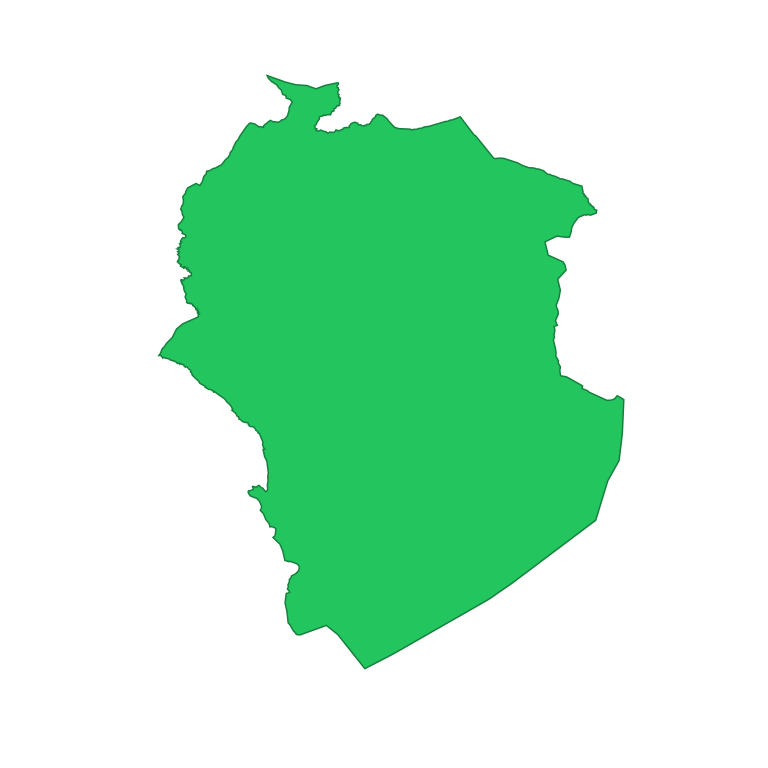 outline of Pru East, Brong Ahafo, Ghana, rotated 107°
{"feature_id": "2480657B24672710685383", "entity_name": "Pru East", "entity_type": "district", "adm_level": 2, "iso_a3": "GHA", "parent_name": "Ghana", "parent_adm1": "Brong Ahafo", "projection": "robinson", "projection_center": [-0.909, 8.134], "detail": "fine", "context": "isolated", "style": "filled", "palette": "green", "viewbox_px": 768, "rotation_deg": 107, "n_neighbors": 0, "source": "geoboundaries", "source_scale": "gbopen_adm2", "svg_char_len": 6171}
<svg xmlns="http://www.w3.org/2000/svg" viewBox="0 0 768 768"><g transform="rotate(107 384 384)"><path d="M661.8,319.1L639.3,296.1L559.4,221.0L537.1,203.3L452.4,141.7L411.2,141.7L388.4,136.8L361.3,141.7L328.8,150.1L327.0,157.5L330.8,159.2L332.9,161.8L334.4,165.7L334.3,167.4L331.9,185.2L330.9,187.6L330.4,193.2L327.7,193.6L323.8,211.7L324.5,217.5L319.8,219.8L316.1,220.3L312.8,223.6L310.8,223.9L307.2,227.8L303.7,228.7L300.1,230.3L293.5,234.3L291.8,234.9L289.6,234.6L287.8,235.7L282.4,236.3L279.3,238.2L277.2,235.4L273.3,238.6L266.2,237.8L263.0,239.0L259.4,242.0L257.0,242.3L251.2,241.8L242.7,242.8L233.0,248.6L222.0,243.1L217.7,245.4L214.9,248.3L212.8,264.7L201.0,271.6L192.0,261.9L190.7,253.9L189.4,249.6L183.2,249.5L179.8,250.2L174.7,249.4L168.0,246.9L163.6,241.9L163.3,239.7L162.3,238.7L162.2,235.9L158.5,231.0L155.6,231.4L155.4,233.8L153.4,235.4L153.6,236.2L152.5,237.7L152.3,238.7L151.6,239.2L151.6,240.3L149.8,242.1L147.3,243.0L146.0,246.0L145.2,246.2L145.4,247.5L144.1,247.8L143.1,250.0L142.1,249.8L136.9,252.7L137.0,262.3L135.8,265.2L135.7,273.1L136.3,275.8L135.8,277.4L135.3,282.4L135.5,284.6L135.1,286.5L135.6,288.9L133.4,293.8L133.2,299.1L133.7,300.5L133.6,303.6L134.8,308.8L134.5,315.8L133.5,320.4L133.2,335.3L134.2,339.6L135.8,343.2L136.0,345.1L119.9,368.9L119.5,370.7L106.2,389.2L111.3,395.7L112.7,398.5L114.1,399.7L114.9,401.9L124.4,416.2L126.4,420.6L128.5,423.0L129.4,425.4L130.7,426.9L132.0,430.5L133.1,431.5L132.6,433.3L135.5,444.7L135.5,448.9L131.5,456.0L129.6,458.4L127.3,463.9L127.9,465.1L127.9,469.2L129.3,470.3L131.1,470.3L134.3,472.5L136.3,472.6L139.9,474.0L140.8,476.4L142.3,477.4L142.5,478.4L143.2,478.5L143.4,481.2L142.9,481.9L143.6,484.3L142.3,485.3L142.2,488.6L144.4,491.5L147.6,492.7L148.4,492.3L149.1,492.5L149.8,495.5L151.1,497.5L152.3,497.7L153.3,499.3L154.9,500.6L155.1,504.3L156.3,504.3L158.2,505.7L158.9,509.5L160.2,510.5L160.5,511.3L159.7,513.2L160.0,516.7L159.5,518.5L161.6,521.1L161.4,523.1L159.8,522.6L159.6,524.6L157.4,525.7L155.1,524.5L153.8,524.8L149.7,523.3L147.3,523.8L144.9,520.1L144.1,520.0L144.2,518.6L142.8,516.3L142.2,513.9L138.7,513.5L137.4,511.7L135.4,512.3L134.2,510.9L131.6,510.2L131.2,508.7L130.3,507.9L129.5,508.4L128.5,508.1L127.5,508.8L123.4,509.2L123.5,510.6L122.7,510.6L122.4,511.7L120.3,511.7L120.1,512.8L118.2,513.7L115.7,513.1L115.0,514.2L114.2,514.2L113.9,515.6L112.7,516.3L111.1,515.4L109.9,515.4L109.3,516.1L115.6,527.5L121.6,535.4L121.1,545.0L123.6,555.7L124.1,567.0L123.2,585.9L125.4,584.0L127.6,580.1L129.2,574.2L131.6,571.2L132.7,568.4L136.7,565.5L136.7,562.4L139.3,561.0L139.3,557.1L141.1,554.2L147.1,555.5L149.8,554.8L155.9,554.7L158.7,555.9L160.6,557.4L161.6,559.3L163.1,560.0L164.6,561.7L165.6,567.1L165.1,569.8L171.5,574.3L173.0,574.6L173.9,574.2L173.9,576.7L174.7,578.7L173.1,583.6L173.4,588.0L174.0,588.8L178.3,590.9L189.7,594.5L192.8,594.9L195.8,596.4L202.3,597.4L203.8,597.1L207.8,598.8L209.3,598.4L212.8,599.3L216.3,601.4L221.6,603.4L227.1,608.7L227.5,610.0L231.1,613.3L232.3,615.8L235.0,615.5L238.2,617.0L243.7,616.9L248.0,618.2L247.2,622.4L253.8,629.0L257.8,629.9L259.5,629.6L263.8,631.2L266.9,629.5L270.6,628.7L272.9,629.4L276.5,629.5L277.9,627.7L280.5,626.6L283.2,624.1L287.9,625.2L291.5,627.2L293.1,626.9L295.9,625.5L295.9,623.5L296.7,623.7L296.5,622.2L298.0,621.0L299.0,621.1L299.3,617.9L300.5,616.6L302.2,617.0L302.9,617.8L302.8,619.1L304.0,619.7L306.7,620.4L307.3,619.2L307.9,620.0L308.7,619.5L309.7,620.5L310.1,619.7L313.0,618.8L313.4,620.4L314.2,621.0L314.9,620.4L315.3,621.1L315.5,619.5L316.6,619.6L317.2,619.1L317.9,619.9L318.3,618.4L319.8,618.3L320.3,619.2L322.3,616.5L323.2,616.9L325.6,616.6L326.1,617.2L327.6,617.3L329.2,613.8L329.1,612.9L330.9,613.1L331.1,610.9L331.9,609.4L331.5,608.9L330.6,609.7L330.0,609.2L331.0,607.4L330.7,605.7L332.2,606.0L332.1,604.1L333.2,604.2L332.7,603.2L334.0,602.2L333.9,600.8L336.9,599.8L337.8,602.4L339.6,602.5L340.4,603.2L340.8,605.6L341.3,604.7L342.0,605.7L343.4,605.8L343.5,608.2L344.1,607.8L344.3,608.5L345.4,608.0L346.2,606.7L345.7,606.1L346.9,606.7L349.1,604.2L352.0,603.0L354.1,601.5L355.5,599.6L359.0,599.6L361.8,597.2L363.6,596.6L364.2,595.5L363.5,593.5L364.0,592.7L363.2,591.9L364.2,590.0L364.8,589.9L364.7,588.9L365.2,588.8L365.7,587.3L367.1,585.9L366.7,585.4L367.8,585.6L367.6,584.6L368.4,584.1L367.8,583.5L368.9,582.7L369.8,583.4L370.4,581.5L371.0,582.6L371.8,581.3L372.2,581.8L374.2,581.3L385.2,594.0L392.2,598.5L401.5,600.1L408.6,603.8L412.9,605.1L414.8,606.3L420.2,606.8L422.6,607.6L422.0,605.6L423.7,603.3L423.3,603.3L423.1,601.9L422.9,595.8L423.6,595.3L423.3,593.4L423.7,592.3L423.3,591.1L424.1,588.1L424.8,587.8L424.2,586.2L424.7,585.3L423.7,585.3L423.7,584.7L424.4,583.5L424.1,582.6L424.6,580.7L425.2,580.5L426.0,578.8L425.4,578.0L425.3,577.0L426.5,575.6L427.6,572.8L429.0,572.6L429.6,571.2L431.7,569.9L435.5,562.1L437.2,560.3L438.4,554.7L439.5,554.0L439.1,553.4L439.8,552.7L440.4,549.9L439.9,547.5L440.5,546.8L440.6,545.1L441.1,544.9L440.9,544.1L441.4,544.2L441.1,543.4L444.9,531.9L447.1,529.0L449.3,524.4L452.5,521.2L453.5,521.9L455.3,517.5L457.9,514.8L457.9,513.2L460.0,512.4L460.0,510.8L461.3,508.4L461.3,504.7L460.7,502.8L462.6,501.8L462.7,501.0L463.4,500.7L463.7,499.1L463.1,496.5L464.0,494.6L465.7,493.0L466.3,491.1L467.7,490.1L467.9,488.6L475.1,482.7L477.2,482.5L479.8,480.8L481.2,479.0L481.9,480.5L488.3,477.0L492.1,473.4L502.9,468.6L506.6,468.1L510.3,466.6L514.5,466.1L518.8,464.4L521.0,465.0L521.5,465.8L519.0,469.7L519.0,471.3L517.6,473.5L517.6,474.2L520.1,476.2L520.2,479.4L520.7,479.8L522.3,478.3L522.9,478.2L525.2,480.8L525.5,482.1L526.8,482.5L529.2,480.5L530.2,478.7L530.6,472.2L532.4,469.0L536.7,465.3L538.5,465.0L541.0,465.4L543.3,461.3L548.1,457.5L551.2,452.9L554.0,451.3L553.5,450.5L553.2,448.2L553.6,445.9L554.4,444.9L560.9,443.8L563.2,445.3L567.6,436.7L572.8,432.3L581.7,427.2L581.7,423.1L581.0,421.4L581.3,415.0L582.7,412.1L585.0,411.2L587.9,411.2L591.7,413.3L594.5,416.3L596.7,416.4L598.8,417.4L600.5,416.7L604.2,417.1L606.1,416.1L608.2,416.5L610.6,413.2L611.7,414.1L612.8,416.2L614.0,416.1L622.5,414.5L629.7,410.4L640.5,405.8L641.6,403.8L646.6,398.4L647.5,396.5L649.0,394.7L649.1,393.5L648.3,390.6L631.7,368.6L637.1,355.0L661.8,319.1Z" fill="#22c55e" stroke="#15803d" stroke-width="1.5"/></g></svg>